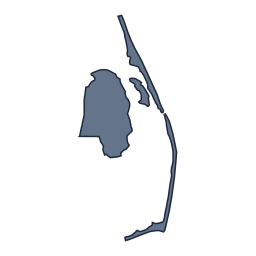 the district of Dare, North Carolina, United States of America
{"feature_id": "52423323B7185899041346", "entity_name": "Dare", "entity_type": "district", "adm_level": 2, "iso_a3": "USA", "parent_name": "United States of America", "parent_adm1": "North Carolina", "projection": "albers", "projection_center": [-75.69, 35.708], "detail": "fine", "context": "isolated", "style": "filled", "palette": "slate", "viewbox_px": 256, "rotation_deg": 0, "n_neighbors": 0, "source": "geoboundaries", "source_scale": "gbopen_adm2", "svg_char_len": 2521}
<svg xmlns="http://www.w3.org/2000/svg" viewBox="0 0 256 256"><path d="M104.6,155.0L106.4,154.2L107.8,155.9L110.3,157.6L117.3,156.9L121.1,155.8L120.7,153.0L123.3,150.6L126.1,149.1L129.1,145.7L129.1,145.1L127.8,143.1L127.0,139.4L127.1,135.8L132.0,131.1L132.1,130.1L131.7,128.1L131.0,126.7L130.0,120.6L128.2,115.2L127.5,114.5L127.7,112.9L128.6,110.3L129.7,105.8L129.6,103.4L128.3,99.8L125.9,97.0L125.1,92.9L125.3,91.4L122.3,86.4L120.6,82.8L120.0,80.7L120.0,79.1L116.8,77.1L116.0,75.1L115.3,74.0L108.2,70.3L106.4,69.9L103.1,69.7L99.6,70.1L92.8,72.7L91.2,73.8L91.3,74.7L91.9,75.4L92.9,75.7L94.8,78.0L94.7,79.8L94.3,80.5L93.5,80.6L91.1,82.3L88.6,86.4L87.9,86.8L85.9,87.3L84.2,100.2L84.2,115.0L79.6,136.2L79.4,136.4L99.1,136.5L100.8,142.0L103.4,145.9L102.9,149.8L104.6,155.0ZM124.9,237.5L125.6,240.6L129.2,239.5L139.1,235.6L145.7,233.1L150.1,231.5L155.4,230.7L158.9,230.5L161.6,231.3L163.6,231.9L164.9,230.1L169.1,211.6L171.8,196.2L174.4,177.2L175.9,161.3L176.3,155.3L176.6,152.0L173.0,134.4L170.0,123.6L168.9,120.5L166.0,114.9L165.2,113.9L164.2,114.4L166.2,122.0L166.5,125.1L168.0,134.0L169.6,137.0L171.2,142.1L172.2,146.7L173.1,151.4L173.1,161.4L172.5,164.5L171.6,167.3L171.2,171.0L171.4,173.3L171.6,176.0L170.3,182.7L169.4,189.1L168.3,197.1L167.2,202.4L166.2,208.1L165.3,212.0L164.3,218.4L163.2,221.8L158.8,223.2L155.1,223.7L154.5,223.2L152.4,222.5L152.3,223.1L152.2,224.3L152.1,225.3L149.2,226.9L146.6,229.2L144.7,230.2L140.6,231.5L138.7,231.3L137.5,230.4L137.1,230.4L136.5,230.7L135.3,232.5L134.5,232.9L132.8,234.5L131.2,235.4L128.3,236.5L126.4,236.8L124.9,237.5ZM118.0,16.3L118.1,16.5L119.4,19.9L121.0,24.4L124.1,32.4L124.7,35.0L124.9,37.3L125.6,39.1L127.4,49.0L127.5,50.8L127.1,53.3L127.3,55.1L127.9,56.4L129.7,56.5L130.4,57.2L130.5,58.2L129.7,60.7L129.6,63.0L130.2,64.5L138.0,66.5L139.3,68.4L139.9,69.9L140.1,71.4L141.3,71.8L143.5,75.0L145.4,79.0L146.6,81.4L147.7,84.8L147.8,88.4L151.6,93.8L153.7,98.6L156.0,103.3L157.2,105.1L158.3,108.4L160.2,109.3L160.8,111.4L161.7,112.6L162.9,112.5L163.5,111.0L162.5,108.8L160.1,103.5L157.1,94.6L141.6,60.8L134.9,48.5L131.2,40.7L127.7,32.0L124.0,21.1L121.8,15.8L121.6,15.4L118.0,16.3ZM129.7,79.0L129.6,79.5L130.2,81.2L134.0,83.4L134.9,84.7L134.7,86.4L137.6,90.2L139.1,90.5L140.7,93.2L141.2,94.8L141.3,100.0L138.7,101.8L139.9,103.2L145.0,104.3L147.6,106.3L148.2,106.3L149.3,104.9L148.3,98.0L148.9,96.1L145.4,89.8L142.5,85.7L141.0,85.3L140.8,83.3L141.4,82.5L138.7,80.5L136.7,79.6L135.9,78.8L133.4,78.3L131.2,78.2L129.7,79.0Z" fill="#64748b" stroke="#1e293b" stroke-width="1.5"/></svg>